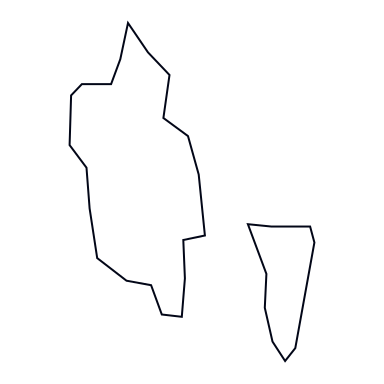 the state/province of Triesenberg
{"feature_id": "LIE-4892", "entity_name": "Triesenberg", "entity_type": "state/province", "adm_level": 1, "iso_a3": "LIE", "parent_name": "Liechtenstein", "parent_adm1": "", "projection": "mercator", "projection_center": [9.569, 47.119], "detail": "fine", "context": "isolated", "style": "outline", "palette": "ink", "viewbox_px": 384, "rotation_deg": 0, "n_neighbors": 0, "source": "natural_earth", "source_scale": "10m", "svg_char_len": 499}
<svg xmlns="http://www.w3.org/2000/svg" viewBox="0 0 384 384"><path d="M161.8,314.5L151.1,285.2L126.5,280.7L97.2,258.1L89.6,208.4L86.5,167.7L69.6,145.1L71.1,95.4L81.9,84.1L111.1,84.1L120.3,59.2L128.0,23.0L148.0,52.4L169.5,75.0L163.4,118.0L188.0,136.1L198.7,174.5L204.9,235.5L183.3,240.0L184.9,278.4L181.8,316.8L161.8,314.5ZM310.1,226.5L314.4,242.5L295.3,348.1L285.1,361.0L272.5,341.6L264.8,307.8L266.4,273.9L247.9,224.2L271.0,226.5L310.1,226.5Z" fill="none" stroke="#020617" stroke-width="2"/></svg>